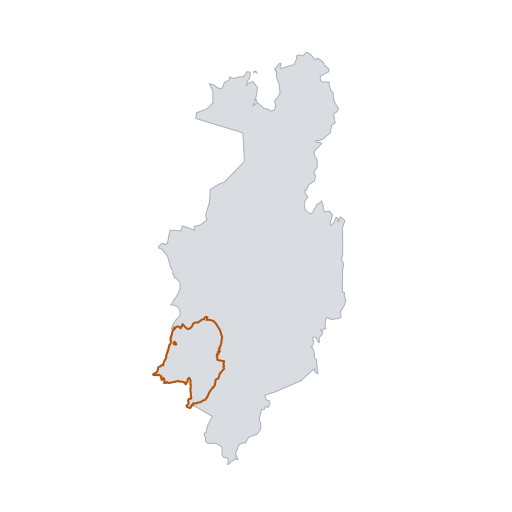 location of Almaty within Kazakhstan, rotated 102°
{"feature_id": "KAZ-3207", "entity_name": "Almaty", "entity_type": "Region", "adm_level": 1, "iso_a3": "KAZ", "parent_name": "Kazakhstan", "parent_adm1": "", "projection": "natural_earth1", "projection_center": [78.658, 44.747], "detail": "fine", "context": "in_parent", "style": "outline", "palette": "amber", "viewbox_px": 512, "rotation_deg": 102, "n_neighbors": 0, "source": "natural_earth", "source_scale": "10m", "svg_char_len": 8705}
<svg xmlns="http://www.w3.org/2000/svg" viewBox="0 0 512 512"><g transform="rotate(102 256 256)"><path d="M294.5,331.2L292.0,332.2L290.6,334.0L288.8,333.4L285.3,336.9L275.0,342.2L268.7,349.6L268.4,353.0L266.7,353.1L262.9,350.5L263.7,347.5L261.9,345.3L248.7,345.5L247.0,334.6L241.8,334.4L243.4,321.2L240.1,322.7L237.2,316.9L231.2,311.5L226.2,313.7L213.1,312.7L200.2,314.5L192.0,305.5L190.6,302.5L166.0,287.0L138.3,294.4L134.0,343.6L128.2,343.9L122.7,335.0L115.4,330.0L103.8,332.5L97.3,337.4L97.4,333.1L99.5,328.7L99.7,324.3L92.4,322.8L89.8,319.0L86.5,318.8L87.0,314.6L84.8,311.0L83.0,305.1L77.9,303.4L77.3,301.5L78.0,299.9L79.2,299.4L84.0,299.3L87.1,301.0L91.0,300.6L88.7,299.5L86.0,295.4L90.9,289.6L101.6,289.0L109.6,290.0L105.4,286.8L110.1,278.5L109.8,274.8L111.1,272.2L110.4,269.7L108.9,268.4L104.5,268.0L100.6,270.1L95.5,267.4L91.1,266.4L82.8,269.4L76.8,273.2L71.1,274.2L71.1,275.6L70.3,275.3L69.4,276.0L69.6,276.6L63.5,273.6L62.6,272.5L62.8,271.3L66.6,271.7L67.5,270.8L60.8,258.5L53.9,257.2L51.8,258.0L50.2,255.3L50.4,251.6L46.5,249.2L46.3,247.1L47.7,244.0L51.7,239.5L49.8,236.7L50.3,234.9L52.7,230.3L55.6,228.4L56.9,224.8L59.0,223.1L61.0,223.5L66.4,230.2L67.4,230.6L70.9,229.3L71.9,228.2L70.8,220.4L72.6,220.5L78.3,217.3L80.5,214.3L83.9,213.6L89.2,211.2L94.8,205.9L98.4,207.0L99.9,209.2L102.6,209.1L109.2,206.2L112.4,209.1L120.1,209.1L127.6,214.8L130.1,218.2L130.3,220.8L131.1,221.4L132.2,219.8L131.6,216.1L132.6,215.2L139.5,219.7L142.6,220.8L146.5,219.1L147.7,217.4L151.4,215.1L152.7,215.6L156.8,214.5L160.9,216.8L163.1,216.3L165.2,214.2L170.5,214.5L175.4,219.3L181.1,220.3L181.6,222.0L184.7,220.8L187.5,217.3L191.0,219.5L196.3,219.3L201.0,217.2L203.4,212.4L203.2,211.1L201.4,209.6L192.5,206.9L191.9,205.3L188.5,203.3L192.7,200.8L195.2,200.4L198.7,198.0L196.8,193.7L199.9,189.8L209.2,190.2L210.3,189.4L209.8,188.1L206.3,186.5L201.8,185.8L201.5,185.2L202.3,183.8L205.4,182.8L204.9,182.0L202.6,182.4L200.0,181.5L202.9,176.4L209.8,177.3L235.5,171.7L240.1,171.6L241.7,172.3L243.3,170.1L245.8,168.7L253.2,168.1L272.6,164.2L273.6,163.2L273.3,161.9L276.4,161.3L281.0,158.9L286.1,159.4L292.8,161.8L298.4,160.0L300.0,162.3L302.4,169.0L302.0,172.0L301.0,173.3L301.3,173.9L303.7,174.6L310.4,174.0L312.3,172.5L314.2,175.1L314.7,177.4L316.1,176.7L315.9,175.5L316.5,174.9L319.4,175.3L322.5,177.2L327.4,176.1L327.0,177.6L323.2,180.4L322.9,181.8L324.1,183.7L328.7,181.5L332.2,182.1L333.6,183.2L334.6,181.2L338.5,178.9L342.3,178.0L343.9,177.0L344.6,175.5L358.5,171.0L356.7,174.8L354.4,174.7L355.0,176.4L368.6,186.0L384.9,209.0L390.2,218.3L394.6,216.1L394.8,213.0L397.7,211.5L401.7,212.9L401.2,215.8L404.4,215.9L405.2,218.7L415.7,218.9L418.4,216.7L424.4,215.4L430.4,218.3L434.5,225.3L441.3,227.6L441.5,229.8L444.0,233.4L453.8,234.9L458.7,231.3L459.3,232.4L458.3,234.1L460.2,235.1L462.3,237.7L464.7,238.6L465.7,240.4L460.4,240.8L459.6,242.3L459.7,245.5L458.0,247.7L449.8,249.6L447.7,255.7L449.3,264.5L447.6,267.0L445.0,267.3L440.4,270.1L439.1,268.2L432.4,268.2L422.0,265.4L415.0,286.5L415.1,287.5L418.1,288.7L418.2,290.5L417.2,292.7L414.5,291.5L411.1,292.2L408.5,289.7L391.4,294.3L389.4,295.9L390.7,297.1L393.4,296.9L395.8,298.2L394.5,300.3L394.6,306.4L397.7,313.5L397.9,316.9L399.2,318.9L398.8,319.7L397.4,319.4L395.0,320.5L395.0,321.4L396.6,322.8L393.0,324.6L392.6,326.1L393.7,331.3L393.2,331.9L390.1,328.9L384.8,328.0L381.6,324.1L358.9,321.4L346.7,321.9L344.5,323.6L341.7,323.3L335.9,321.4L329.5,317.9L326.7,318.5L322.5,321.0L321.0,326.5L321.7,329.0L308.8,324.3L303.4,323.5L298.0,324.7L294.0,329.9L294.5,331.2ZM77.2,296.3L76.2,296.6L75.3,295.2L75.8,293.8L76.8,293.3L75.8,295.1L77.2,296.3ZM104.3,288.9L103.4,288.7L103.0,288.1L104.2,287.5L104.3,288.9Z" fill="#d9dde1" stroke="#a8b0b8" stroke-width="1"/><path d="M414.8,287.0L414.7,287.3L415.1,287.8L415.5,288.0L417.1,288.2L418.1,288.6L418.3,288.8L418.4,289.3L418.3,289.9L418.2,291.1L417.9,292.0L417.4,292.7L416.7,292.8L416.2,292.5L415.3,291.6L414.8,291.3L414.3,291.3L413.7,291.4L411.7,292.3L411.2,292.4L410.8,292.3L410.6,292.1L410.4,292.0L409.7,291.9L409.5,291.6L409.5,291.3L409.4,290.8L409.2,290.3L409.0,289.9L408.6,289.8L408.2,289.7L407.7,289.9L406.9,290.5L402.7,291.6L401.9,292.1L401.5,292.2L401.0,292.2L399.7,292.7L399.4,292.7L398.6,292.5L398.1,292.5L396.4,293.0L395.6,293.0L395.4,293.0L395.2,293.1L395.0,293.6L394.8,293.8L394.6,293.8L393.8,293.8L393.0,294.0L392.3,293.9L391.8,293.9L391.4,294.1L391.0,294.5L390.0,295.3L389.5,295.5L389.3,295.7L389.1,296.1L389.4,296.4L390.7,297.1L391.2,297.2L393.0,296.8L393.3,296.8L393.5,296.9L394.1,297.3L395.8,297.9L395.9,298.0L396.0,298.2L395.9,298.3L395.8,298.5L395.1,298.6L394.7,298.8L394.5,299.0L394.5,299.3L394.7,299.5L394.8,299.7L394.8,299.8L394.6,300.1L394.3,301.1L394.3,301.7L394.3,302.1L394.7,304.1L394.7,304.6L394.5,305.6L394.4,306.1L394.4,306.3L394.6,306.5L394.9,306.8L395.1,307.1L395.1,307.3L395.2,307.5L395.2,307.8L395.3,308.1L395.5,308.4L395.8,308.9L397.1,311.9L398.4,314.9L398.4,315.4L398.2,315.8L397.7,316.7L397.8,316.9L398.2,317.0L398.7,317.2L398.8,317.4L398.9,317.6L398.9,317.9L398.9,318.2L399.0,318.4L399.2,318.8L399.3,319.1L399.2,319.4L399.1,319.6L398.9,319.7L398.6,319.7L398.4,319.7L397.9,319.3L397.4,319.3L397.0,319.5L396.2,320.1L395.2,320.4L394.8,320.7L394.7,321.1L394.9,321.4L395.2,321.7L395.9,322.0L396.4,322.1L396.7,322.2L396.8,322.4L396.7,322.7L396.5,322.8L395.9,322.9L395.1,323.2L394.9,323.3L394.4,323.5L393.9,323.5L393.7,323.4L393.5,323.5L393.3,323.9L393.1,324.7L392.9,325.1L392.5,325.6L392.4,325.8L392.4,326.1L392.5,326.3L392.5,326.6L392.6,327.1L392.8,327.3L393.0,327.7L393.2,327.9L393.2,328.1L393.0,328.5L393.3,329.7L393.3,329.9L393.4,330.1L393.6,330.3L393.8,331.3L393.7,331.6L393.2,331.9L392.7,331.7L392.4,331.3L392.1,330.8L391.7,330.4L391.1,329.8L390.6,329.2L390.0,328.8L387.7,328.3L387.2,328.3L386.4,328.5L385.3,328.4L384.8,328.2L384.5,327.8L384.0,326.7L383.7,326.4L382.8,326.0L382.5,325.7L382.3,325.4L382.2,325.2L382.1,324.9L382.1,324.6L382.2,324.1L381.8,323.9L381.4,324.0L380.6,324.3L380.2,324.3L379.8,324.2L379.1,324.1L378.2,323.8L376.9,323.7L376.4,323.3L376.0,323.1L374.9,322.7L374.2,322.7L373.7,322.7L373.5,322.8L373.1,323.0L372.7,323.1L372.3,322.9L372.1,322.9L371.6,323.0L371.1,322.9L370.0,323.0L369.5,323.0L368.9,322.6L368.7,322.5L368.4,322.5L368.2,322.5L367.9,322.7L367.6,322.8L367.5,322.7L367.4,322.6L366.6,322.3L365.9,322.3L365.7,322.3L365.1,322.6L364.8,322.5L364.6,322.3L364.4,322.2L363.9,322.2L363.6,322.1L363.3,322.2L362.9,322.4L362.5,322.5L361.5,322.3L361.3,322.3L361.1,322.3L360.9,322.2L360.5,321.7L360.4,321.6L360.0,321.5L358.8,321.3L358.6,321.2L358.4,321.3L358.0,321.4L357.5,321.4L357.3,321.5L357.1,321.6L356.8,321.8L356.7,321.9L356.4,321.9L356.4,322.0L355.9,322.2L355.7,322.3L355.3,322.3L354.8,322.4L354.6,322.5L354.3,322.4L353.8,322.2L353.5,322.2L353.3,322.3L353.0,322.6L352.8,322.6L352.7,322.6L352.6,322.4L352.4,322.3L352.1,322.4L351.1,322.1L350.2,322.1L349.4,322.0L349.1,322.0L348.4,322.2L348.2,322.2L347.3,321.9L346.9,321.9L346.4,321.9L346.0,321.6L344.0,321.3L344.7,320.9L343.9,320.1L342.6,319.7L341.7,319.0L341.4,318.5L341.3,318.1L341.2,317.7L341.0,317.1L341.7,315.8L342.4,314.8L341.6,314.3L340.6,314.3L340.3,313.9L339.9,314.1L339.0,313.9L338.1,313.6L340.9,309.4L341.4,308.2L341.5,306.7L340.6,305.7L339.6,304.8L337.8,303.8L335.5,303.5L334.0,302.2L333.4,300.8L333.3,299.0L329.3,295.6L328.9,294.7L328.7,293.6L327.7,293.4L326.7,293.3L325.8,292.1L326.1,290.9L328.7,290.8L328.5,290.2L328.3,289.4L328.1,287.2L328.5,284.0L329.9,281.7L336.0,275.8L342.7,272.1L345.2,272.2L347.9,271.9L350.6,272.0L352.4,272.5L352.9,272.4L353.0,272.5L353.2,272.3L354.1,272.7L354.3,272.9L354.4,272.6L354.5,272.5L354.6,272.4L355.2,272.1L355.3,272.1L355.8,272.2L356.1,272.3L356.3,272.2L356.5,272.0L356.6,272.3L356.4,272.5L356.6,272.7L356.8,272.9L357.8,273.2L358.4,273.5L358.7,273.6L358.4,273.3L358.0,272.9L357.6,272.4L357.6,272.0L357.7,271.9L357.9,272.0L358.4,272.6L358.5,272.6L358.8,272.6L359.0,272.6L359.6,272.5L360.0,272.7L360.4,273.0L360.8,273.5L360.7,273.7L360.8,273.7L360.9,273.8L361.0,273.8L361.7,273.7L361.9,273.5L362.0,273.3L362.1,273.1L362.3,273.0L362.6,272.9L363.4,272.8L364.2,272.6L364.5,272.6L365.6,272.1L365.7,270.3L365.5,265.5L366.2,265.2L368.3,265.5L369.3,264.8L370.3,264.4L370.9,265.0L372.7,263.8L375.6,265.3L376.5,265.9L377.5,266.0L378.2,266.9L379.7,267.1L380.7,267.0L383.4,267.4L385.3,269.7L390.8,269.4L393.4,270.3L393.4,270.9L394.3,271.3L398.7,273.2L401.6,273.9L402.8,273.9L403.5,274.2L403.8,274.6L404.9,274.5L405.3,274.8L405.4,275.1L407.4,275.9L407.8,277.0L410.7,280.2L411.4,282.4L412.5,283.7L413.1,285.2L413.0,286.6L414.5,287.1L414.8,287.0L414.8,287.0ZM358.7,318.5L359.1,318.1L359.4,317.2L359.4,316.0L359.0,315.7L358.4,315.9L358.0,316.2L357.7,316.7L357.3,317.2L357.0,317.5L357.0,318.1L357.4,318.4L358.1,318.3L358.7,318.5Z" fill="none" stroke="#b45309" stroke-width="2"/></g></svg>